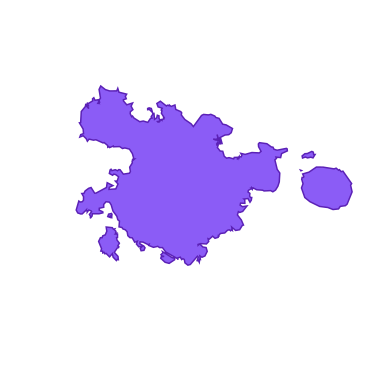 Nosy-Be, Diana, Madagascar, rotated 303°
{"feature_id": "10022922B66036521727834", "entity_name": "Nosy-Be", "entity_type": "district", "adm_level": 2, "iso_a3": "MDG", "parent_name": "Madagascar", "parent_adm1": "Diana", "projection": "orthographic", "projection_center": [48.268, -13.349], "detail": "fine", "context": "isolated", "style": "filled", "palette": "violet", "viewbox_px": 384, "rotation_deg": 303, "n_neighbors": 0, "source": "geoboundaries", "source_scale": "gbopen_adm2", "svg_char_len": 6084}
<svg xmlns="http://www.w3.org/2000/svg" viewBox="0 0 384 384"><g transform="rotate(303 192 192)"><path d="M214.4,59.1L209.5,56.7L209.7,55.3L208.3,57.6L207.9,56.0L206.9,56.9L206.8,58.6L205.7,60.0L207.0,55.4L205.6,56.0L199.2,55.3L189.6,60.8L188.7,59.9L185.5,66.4L181.9,69.2L179.5,67.4L177.0,68.0L179.9,70.1L179.1,74.2L177.6,76.6L180.3,76.9L181.8,81.1L183.5,83.0L184.7,90.7L185.6,91.3L185.1,95.8L183.7,97.0L184.7,97.5L184.4,98.7L187.7,101.0L187.2,101.6L190.7,106.6L190.6,110.0L192.4,111.7L193.9,116.2L191.7,121.1L188.6,124.6L187.4,124.6L188.3,125.8L185.3,124.9L183.9,126.1L178.9,126.2L175.6,129.2L173.7,129.3L169.6,124.7L171.5,119.5L170.9,118.4L169.3,118.0L168.9,115.5L166.3,113.2L167.0,111.7L165.9,111.3L162.5,112.6L162.8,116.3L164.4,116.7L165.0,118.4L164.8,122.1L160.5,123.3L159.4,121.8L158.4,125.6L153.1,126.4L149.0,121.0L150.9,120.1L154.3,122.2L153.6,115.8L149.2,117.8L138.8,112.1L138.0,111.0L140.8,104.9L138.8,103.3L134.7,101.8L131.9,102.1L130.7,100.4L129.0,103.6L125.9,105.5L124.0,105.2L122.7,103.7L122.8,102.0L113.8,104.7L112.2,107.6L113.0,110.7L113.9,111.9L119.5,113.1L118.6,113.5L119.3,114.5L118.2,115.1L120.7,115.3L121.2,117.7L120.8,118.5L117.3,118.2L116.2,120.3L114.5,121.0L117.4,121.3L119.5,120.3L123.1,125.9L126.0,128.6L126.8,128.0L126.3,124.0L127.9,123.1L131.1,126.3L133.5,124.7L137.0,125.2L138.5,128.3L137.2,131.2L133.0,136.1L130.7,142.2L128.3,144.9L128.1,147.0L123.0,149.8L124.1,152.6L123.4,154.2L124.0,156.7L123.3,159.3L120.4,162.0L119.9,164.7L121.0,166.8L118.7,171.3L121.0,173.0L118.1,173.7L117.0,177.2L119.4,179.9L116.5,179.3L115.0,181.3L116.9,183.5L119.6,183.0L120.4,181.0L120.2,176.3L121.9,175.6L123.3,178.3L124.0,184.0L124.8,184.5L123.6,184.8L124.6,189.8L127.8,192.9L127.7,195.1L129.3,197.5L127.4,202.6L128.2,216.2L127.6,217.2L128.9,215.9L131.0,217.7L129.7,220.1L131.1,220.7L131.2,222.3L128.7,224.7L128.4,228.4L130.3,230.1L141.1,231.5L140.8,232.8L136.5,233.8L138.5,233.9L137.0,236.4L139.8,235.1L140.0,235.8L142.7,233.4L142.7,235.9L145.4,237.7L150.5,237.1L153.1,234.1L151.8,231.0L152.5,227.6L152.0,226.3L150.7,226.1L151.3,225.6L153.4,227.3L156.3,232.4L159.6,233.0L161.6,230.9L161.9,232.2L166.2,233.4L165.7,236.5L168.2,238.6L169.5,238.0L169.2,239.2L169.8,238.1L172.7,238.4L175.5,241.8L179.2,242.6L180.6,243.8L180.5,245.5L181.9,245.7L181.8,246.7L184.2,244.4L183.5,249.5L186.3,252.5L191.2,252.4L192.3,253.2L195.4,248.6L197.5,242.6L200.8,241.6L200.9,243.2L203.3,245.1L210.2,245.7L207.2,242.3L207.2,239.5L209.1,238.8L211.3,242.5L214.3,240.4L214.4,239.4L217.0,242.5L215.0,246.2L217.4,246.2L219.9,245.1L219.3,244.0L219.9,242.6L222.4,241.3L222.5,239.0L224.0,238.4L227.2,239.9L226.9,241.2L227.2,241.1L227.8,239.7L228.1,239.6L227.6,240.8L228.3,241.3L228.1,240.2L228.7,240.9L229.1,245.0L232.0,250.3L232.1,251.8L236.0,257.2L236.2,259.7L239.1,261.0L243.6,260.9L248.0,259.7L255.7,255.3L257.4,251.1L264.1,244.0L266.2,244.6L267.0,243.4L269.1,247.6L273.0,246.2L278.4,249.6L280.0,248.3L280.0,247.4L273.4,240.6L272.5,237.5L273.7,235.5L273.0,234.0L273.3,228.5L270.1,221.7L268.4,221.5L266.2,223.2L263.7,227.8L261.4,227.1L257.7,220.7L252.5,216.1L251.0,211.9L250.0,213.8L248.3,214.1L247.5,212.8L246.4,212.9L247.4,212.2L243.8,212.1L246.2,211.7L244.0,208.6L242.5,208.9L241.0,204.3L239.2,202.6L239.5,199.6L242.9,195.6L241.7,193.3L243.1,189.1L245.6,188.4L246.0,187.5L245.1,187.2L245.7,186.5L247.7,186.5L246.5,187.5L248.1,190.0L248.9,189.5L248.6,187.7L250.6,187.1L249.7,186.0L248.4,183.2L248.0,180.9L250.9,187.0L249.1,188.4L249.3,190.5L252.6,186.8L250.6,184.1L251.9,184.0L253.1,182.4L253.9,181.8L251.2,184.9L257.7,188.6L260.1,191.6L263.1,192.6L267.3,191.4L266.9,184.2L265.6,180.7L268.5,174.6L267.5,171.4L268.1,169.7L267.4,165.5L265.6,163.8L263.4,159.5L261.4,158.3L247.6,157.5L248.7,154.1L248.9,146.5L250.8,141.1L252.8,140.2L253.3,138.8L252.4,133.4L255.7,130.3L252.4,127.9L252.6,125.6L251.9,125.8L251.4,124.1L250.2,123.6L250.9,116.0L247.1,114.3L244.9,117.2L246.0,121.4L243.9,121.5L243.7,122.6L241.4,123.4L238.8,129.0L239.0,127.6L237.9,128.6L236.4,127.1L235.7,127.8L235.4,126.4L233.1,126.5L232.1,125.4L232.3,124.7L233.4,125.9L235.1,126.1L235.7,124.3L237.9,122.8L237.5,121.1L235.0,122.0L232.5,121.0L237.2,117.3L236.5,116.4L239.9,112.4L239.2,110.2L237.9,109.3L236.9,110.0L238.0,111.2L237.2,115.4L236.0,116.8L233.1,116.7L232.2,118.2L231.2,117.1L226.3,117.0L225.0,112.5L222.5,109.9L222.4,103.1L223.3,100.7L222.3,100.4L224.0,97.5L225.7,96.6L228.9,97.6L230.8,94.2L234.3,93.7L229.6,89.8L231.0,85.0L232.0,84.2L234.4,86.1L235.9,84.0L238.5,83.9L235.9,76.4L238.5,73.3L235.8,73.8L231.9,67.9L230.7,63.6L231.2,57.7L227.4,58.2L220.9,64.1L218.6,64.0L217.1,65.4L216.5,65.6L216.3,65.4L216.3,64.8L215.2,64.8L215.6,65.3L215.5,65.6L215.1,64.8L216.2,64.6L216.8,65.4L217.8,63.5L218.6,63.4L216.1,60.7L217.6,58.3L216.0,57.8L214.4,59.1ZM272.4,279.3L267.4,275.0L265.9,277.3L265.0,277.6L264.2,276.4L262.4,277.1L259.4,280.6L255.0,281.6L248.8,289.6L248.1,296.2L249.4,306.9L253.0,314.4L254.1,319.8L257.6,324.1L260.7,324.2L264.1,328.1L266.3,328.7L279.3,326.2L284.1,321.3L286.0,321.3L291.7,307.2L290.3,306.0L291.0,303.5L290.1,303.1L290.5,299.9L288.8,298.6L284.2,288.3L280.6,282.7L272.4,279.3ZM118.7,144.6L115.9,139.1L112.7,141.9L108.9,142.6L106.6,141.0L104.7,141.5L103.8,140.1L99.7,140.6L95.2,147.0L92.8,147.7L93.6,149.3L92.3,150.4L93.5,151.2L92.7,152.6L93.7,153.4L92.7,158.2L96.9,158.8L94.4,161.3L93.3,165.9L94.7,166.0L95.1,167.1L97.7,165.0L99.1,159.7L104.2,159.8L105.4,160.7L106.3,160.4L106.3,159.1L109.5,159.0L110.9,155.2L112.6,153.6L113.3,154.3L116.1,152.5L115.1,150.7L116.5,151.1L116.1,150.2L117.6,149.6L118.1,147.3L119.0,147.3L118.0,146.3L118.7,144.6ZM126.1,211.2L125.9,199.9L125.3,200.8L122.5,200.1L122.0,201.4L122.8,203.7L120.8,201.5L119.4,201.9L118.4,207.7L119.7,211.7L125.7,214.3L127.1,213.4L126.1,211.2ZM287.1,267.8L285.6,265.8L282.2,264.7L280.7,266.2L283.1,268.1L283.5,270.3L285.9,272.7L286.5,274.9L290.5,274.8L289.7,273.6L291.5,272.0L291.3,270.4L287.1,267.8ZM128.0,134.1L125.5,134.7L126.0,136.8L126.6,136.1L127.6,136.8L126.4,137.8L126.7,138.7L128.0,137.9L127.7,137.0L129.3,137.4L130.2,136.2L128.0,134.1ZM269.1,271.8L269.6,272.1L269.4,271.2L269.1,271.8Z" fill="#8b5cf6" stroke="#5b21b6" stroke-width="1.5"/></g></svg>